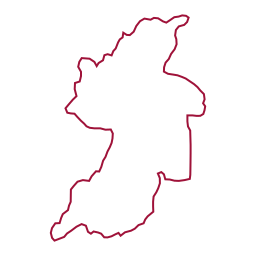 Embu-Guaçu, São Paulo, Brazil
{"feature_id": "56859067B87631402258962", "entity_name": "Embu-Guaçu", "entity_type": "district", "adm_level": 2, "iso_a3": "BRA", "parent_name": "Brazil", "parent_adm1": "São Paulo", "projection": "natural_earth1", "projection_center": [-46.834, -23.853], "detail": "fine", "context": "isolated", "style": "outline", "palette": "rose", "viewbox_px": 256, "rotation_deg": 0, "n_neighbors": 0, "source": "geoboundaries", "source_scale": "gbopen_adm2", "svg_char_len": 1997}
<svg xmlns="http://www.w3.org/2000/svg" viewBox="0 0 256 256"><path d="M188.6,17.6L186.0,15.8L182.2,15.4L178.6,16.6L174.3,17.2L169.8,20.3L166.3,22.6L163.0,21.4L158.1,18.3L153.9,17.9L150.6,19.7L144.4,18.6L140.0,21.2L136.3,26.0L133.7,31.7L129.8,35.1L126.7,34.9L123.3,32.7L122.6,37.4L119.8,39.4L118.1,42.4L115.7,48.5L113.3,51.1L111.6,55.4L107.6,54.2L104.4,55.2L103.0,60.3L98.6,63.0L96.7,66.1L94.4,61.9L89.6,58.7L81.7,58.1L79.3,61.9L78.2,66.8L81.0,71.8L81.0,76.1L79.7,81.5L75.0,83.0L74.7,89.1L76.5,96.1L72.8,99.7L68.5,104.7L65.5,108.3L67.3,112.7L70.7,113.4L74.5,113.7L77.3,116.9L80.9,120.7L84.2,123.7L86.5,126.3L89.8,127.8L94.1,128.3L100.2,128.3L105.4,129.7L110.8,129.5L112.8,133.5L112.5,138.4L111.6,142.9L109.8,147.2L107.5,151.5L105.5,156.9L103.1,160.7L101.3,166.9L99.2,171.5L96.0,171.3L91.6,176.3L89.1,180.9L82.9,180.1L77.5,181.7L73.8,185.9L70.9,189.5L70.8,195.1L70.7,201.8L69.0,205.7L68.0,210.1L62.8,214.1L61.1,218.1L59.6,223.1L55.3,223.3L52.0,228.1L50.8,232.9L52.1,237.9L54.5,240.6L59.5,238.7L64.2,236.9L67.0,233.5L71.2,230.7L76.5,226.7L81.6,224.1L85.9,225.7L88.0,231.8L90.9,233.7L93.6,231.5L98.1,232.5L101.2,233.7L104.2,237.3L107.5,237.4L111.5,236.3L115.4,234.3L118.5,232.9L120.6,235.7L125.0,232.3L131.0,230.7L134.8,228.7L138.5,225.1L143.6,223.3L145.2,219.5L147.7,216.3L153.3,211.7L153.1,206.3L153.1,201.7L153.6,196.5L156.3,192.3L158.2,188.3L159.9,183.3L159.8,178.1L157.9,173.5L161.3,172.1L163.9,174.3L165.3,179.3L169.7,179.5L174.5,180.7L178.8,180.9L184.5,180.1L189.8,178.9L190.3,174.9L190.4,169.8L190.5,162.9L190.6,153.3L190.6,144.9L190.2,130.5L188.0,126.5L187.4,121.4L187.4,115.4L192.5,115.4L196.8,115.9L200.3,115.8L203.3,114.0L204.5,110.3L205.2,106.3L203.1,103.3L204.6,99.3L203.9,94.1L200.3,90.5L197.5,87.1L194.0,84.1L189.1,80.8L185.7,78.5L181.9,76.9L177.5,75.3L173.3,74.6L168.0,73.8L163.9,71.6L164.1,67.2L165.6,62.6L168.8,59.0L171.1,53.9L174.6,49.3L176.6,44.2L176.3,39.1L175.1,35.5L175.9,30.0L178.8,26.4L184.2,24.9L187.1,22.0L188.6,17.6Z" fill="none" stroke="#9f1239" stroke-width="2"/></svg>